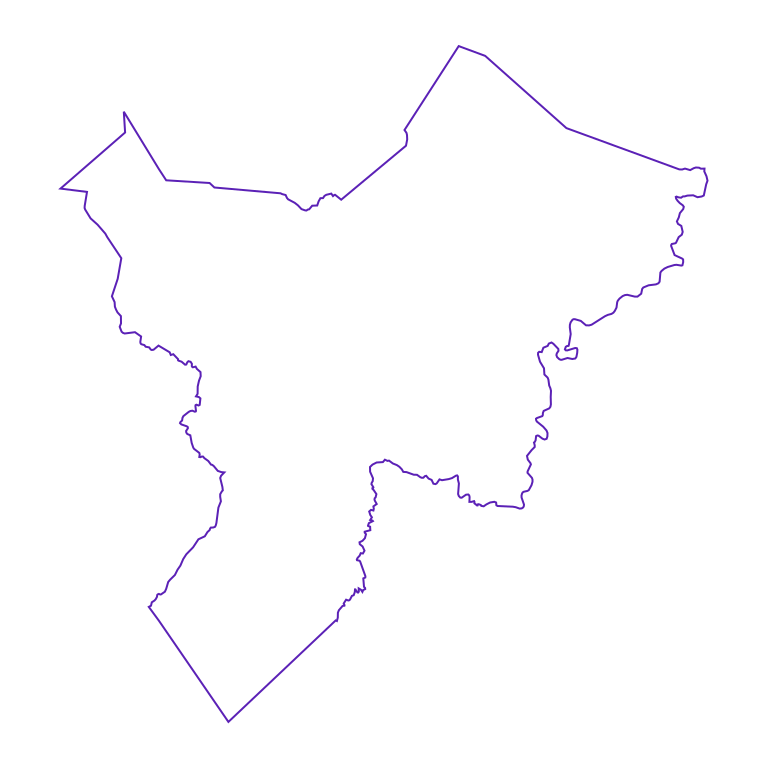 outline of Esquias, Comayagua, Honduras
{"feature_id": "27666195B47131670478697", "entity_name": "Esquias", "entity_type": "district", "adm_level": 2, "iso_a3": "HND", "parent_name": "Honduras", "parent_adm1": "Comayagua", "projection": "natural_earth1", "projection_center": [-87.395, 14.652], "detail": "fine", "context": "isolated", "style": "outline", "palette": "violet", "viewbox_px": 768, "rotation_deg": 0, "n_neighbors": 0, "source": "geoboundaries", "source_scale": "gbopen_adm2", "svg_char_len": 6118}
<svg xmlns="http://www.w3.org/2000/svg" viewBox="0 0 768 768"><path d="M228.4,721.9L335.7,620.4L336.9,621.0L337.8,617.6L337.9,612.7L338.9,610.2L342.6,605.9L344.4,605.7L344.5,605.1L343.7,603.5L346.1,599.7L348.3,600.5L349.4,600.2L350.1,599.4L351.9,595.9L353.7,595.2L354.8,592.1L355.0,589.4L355.4,589.4L357.3,592.3L358.0,592.6L358.8,591.7L358.7,588.4L361.0,589.8L362.4,591.9L363.2,590.0L365.2,589.1L365.1,588.0L364.0,586.8L363.3,578.4L365.3,577.5L365.4,576.2L360.1,561.4L359.4,560.7L357.0,560.2L356.8,559.5L357.6,557.9L359.7,555.6L360.7,553.2L362.9,553.5L364.5,550.7L362.6,546.5L359.8,544.2L359.5,542.3L362.5,540.8L364.9,538.2L366.0,534.2L364.7,532.6L364.7,531.7L370.3,530.2L370.1,526.7L368.1,526.0L368.0,525.6L368.9,523.1L372.9,521.1L372.5,520.6L370.2,520.0L371.9,517.3L370.3,515.0L369.2,511.5L371.0,509.9L373.4,510.5L373.8,508.8L373.4,506.4L376.7,504.0L374.8,500.6L374.5,499.5L374.7,498.3L375.6,497.4L376.4,494.1L373.7,490.1L372.4,488.8L372.4,488.2L373.1,488.0L373.4,487.3L371.4,484.1L371.7,482.8L372.7,481.2L373.0,478.3L370.1,471.7L370.0,467.0L372.5,464.6L376.6,462.5L382.9,462.1L384.9,459.7L387.5,460.9L389.0,460.6L392.9,463.5L396.9,465.1L399.4,466.8L401.8,469.3L403.3,471.9L406.5,472.1L413.7,474.7L417.0,474.8L420.3,477.2L421.9,477.8L423.4,477.7L424.8,476.2L426.2,475.8L428.6,478.6L431.6,479.9L433.4,483.7L435.5,484.1L436.7,483.4L439.5,479.4L442.0,480.2L448.7,479.1L452.0,478.1L455.9,475.7L457.1,475.4L457.9,476.4L457.9,479.6L458.9,483.5L458.1,494.0L458.8,496.0L460.3,497.6L461.7,497.7L466.0,494.7L468.3,494.5L469.2,495.4L469.6,497.0L469.4,501.9L471.5,501.9L474.1,501.1L474.5,501.9L474.4,503.3L477.1,505.5L477.6,505.4L477.7,504.4L478.7,504.2L480.8,505.0L481.3,505.9L483.7,506.3L486.4,504.4L490.1,502.5L494.3,501.8L496.1,502.5L496.4,505.3L497.6,506.0L512.8,506.7L515.7,507.2L519.7,508.6L521.7,508.4L523.2,507.4L523.8,506.2L524.0,504.6L521.6,497.6L521.5,495.6L522.0,493.7L522.6,492.5L523.6,491.8L527.5,490.9L528.8,490.1L531.5,485.2L532.5,481.8L532.5,479.5L531.9,477.8L527.5,472.8L527.6,471.4L530.9,464.4L530.5,463.2L527.8,459.6L527.0,455.9L531.6,450.1L534.7,447.0L534.7,445.2L534.0,442.5L534.8,441.9L535.6,440.3L536.1,436.1L537.3,435.5L538.6,435.7L542.5,438.7L544.6,439.5L546.6,438.8L547.4,436.4L547.5,433.0L546.5,430.5L543.2,426.7L536.8,421.5L536.1,420.0L536.0,418.7L537.0,418.0L542.3,416.1L542.8,415.1L542.9,413.0L543.7,410.9L549.2,408.4L550.4,406.8L550.9,404.4L550.7,397.0L551.0,390.8L550.4,388.3L549.2,385.5L548.4,379.6L547.6,377.6L544.4,374.5L544.0,368.3L540.0,361.7L538.0,354.7L538.1,352.8L539.2,351.8L541.7,352.1L543.4,347.7L547.7,345.9L548.8,343.6L551.5,342.5L553.4,343.8L558.3,348.9L558.5,350.8L556.8,353.4L556.4,355.1L557.1,357.1L559.2,359.1L560.4,359.7L561.7,359.8L567.5,358.0L572.3,359.0L575.3,358.5L576.4,356.9L577.2,352.9L577.4,349.7L576.8,348.2L575.2,348.0L567.3,350.4L565.7,350.3L564.9,349.3L565.8,346.8L567.1,346.0L568.5,345.9L568.9,344.8L570.7,334.1L569.8,327.3L569.9,324.8L570.6,322.4L572.5,319.7L573.6,319.2L574.9,319.2L580.8,320.9L586.0,325.3L589.1,325.4L591.6,324.7L605.0,316.2L607.8,314.9L611.5,313.9L613.4,312.7L614.8,310.9L616.5,307.6L617.2,302.2L617.8,300.7L619.5,298.6L622.6,296.1L624.9,295.1L627.2,294.8L634.8,296.6L637.5,296.6L641.2,293.7L642.2,288.9L643.3,287.5L648.6,285.3L655.9,284.4L658.4,283.3L659.6,281.7L660.4,272.5L661.6,270.9L664.4,268.6L667.7,267.0L674.4,265.0L676.5,264.8L681.4,265.6L682.4,265.3L683.2,262.1L683.1,259.4L682.0,258.5L674.6,255.1L671.1,245.8L671.3,244.8L671.8,244.0L675.2,243.3L676.0,242.8L678.7,237.1L681.8,234.7L682.7,231.9L681.3,225.9L678.0,223.9L676.9,221.4L678.8,217.4L679.9,213.1L683.2,209.1L683.8,206.8L682.8,205.3L679.8,203.1L677.6,200.8L676.1,198.6L675.8,196.9L676.5,196.6L678.7,197.4L681.1,197.7L683.0,196.4L684.7,196.4L687.3,195.6L693.2,195.3L697.5,197.2L701.7,196.5L703.8,195.5L706.2,184.3L707.5,180.7L706.5,176.3L704.3,171.4L704.5,168.6L700.9,168.7L699.1,167.7L695.9,167.5L693.7,168.2L690.2,170.1L685.0,168.6L682.1,169.5L679.3,169.4L566.4,128.1L485.2,55.9L458.7,46.1L404.5,130.0L406.5,132.9L407.0,135.0L407.2,139.4L406.0,145.7L341.2,199.7L335.1,194.8L334.4,194.9L333.0,196.1L331.3,193.6L326.3,194.8L324.5,195.9L323.0,198.1L320.4,198.2L318.6,201.4L317.2,205.5L312.2,205.7L309.2,209.3L307.7,209.6L306.5,210.5L305.2,210.4L301.5,209.1L297.9,205.3L294.7,202.8L288.1,199.3L287.0,198.0L285.6,195.0L282.1,194.1L280.6,193.3L214.4,187.5L209.6,183.0L166.2,180.3L158.9,169.1L123.8,111.7L125.1,132.5L60.5,188.6L87.0,191.9L84.7,205.9L84.6,208.0L85.2,209.6L90.6,218.4L97.6,224.7L105.3,233.6L107.3,237.2L121.3,258.2L117.7,278.8L111.9,296.3L114.6,302.1L114.9,306.7L116.0,309.5L117.5,312.4L120.9,316.1L121.0,323.4L119.7,326.8L121.6,331.7L123.0,332.9L124.7,333.5L135.0,332.2L141.1,336.5L140.3,342.0L140.6,343.4L141.3,344.2L144.4,345.1L145.6,346.7L149.2,347.4L150.7,349.5L151.8,350.0L153.6,349.7L158.5,345.6L169.7,352.3L170.8,355.0L173.3,354.2L178.1,359.2L178.0,360.1L178.4,360.6L181.6,361.7L185.1,364.7L186.3,364.5L187.2,362.4L188.4,361.2L190.6,361.8L191.9,363.8L191.8,366.1L192.3,367.0L192.8,367.3L195.6,366.6L196.9,368.9L200.5,372.1L200.7,376.2L199.0,380.7L197.7,386.5L197.6,393.8L196.0,396.4L198.8,397.0L200.4,398.4L199.7,404.9L198.6,405.5L196.4,404.7L195.6,405.1L195.4,406.0L196.0,411.0L195.7,411.5L194.8,411.7L192.4,410.7L190.4,411.0L188.7,411.9L183.4,416.1L182.5,417.8L182.1,420.5L180.4,422.1L180.0,423.1L181.3,424.4L186.8,426.3L187.8,427.1L187.9,428.2L186.1,431.0L186.3,432.6L187.3,434.0L190.3,435.3L191.7,443.0L193.3,447.7L194.1,448.9L199.3,452.9L199.7,454.6L199.3,457.0L200.3,457.2L202.0,456.5L203.1,456.6L204.3,458.1L208.3,461.0L211.0,464.6L212.3,464.9L213.8,466.1L217.8,470.9L221.3,472.1L224.3,472.4L221.1,475.7L220.2,478.0L222.4,487.0L222.8,490.4L221.9,491.3L220.2,494.2L220.2,496.9L220.9,501.3L218.4,507.6L216.4,523.0L215.7,525.6L214.9,526.9L213.2,527.5L210.8,527.6L210.1,528.6L209.6,530.1L207.5,532.0L204.8,536.3L198.4,539.3L193.1,547.3L186.3,554.3L183.2,559.1L180.4,565.6L177.6,569.6L174.9,575.0L170.1,579.7L168.2,582.0L166.2,588.8L164.9,591.7L161.0,594.4L160.2,594.5L158.9,593.9L157.7,594.4L157.2,595.0L157.0,596.8L155.7,599.2L154.4,600.6L151.8,602.3L151.0,605.7L148.8,606.9L158.9,620.7L228.4,721.9Z" fill="none" stroke="#5b21b6" stroke-width="2"/></svg>